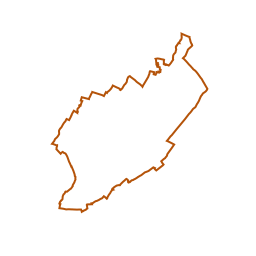 outline of Bunesti-Averesti, Vaslui, Romania, rotated 57°
{"feature_id": "2599482B4031189184546", "entity_name": "Bunesti-Averesti", "entity_type": "district", "adm_level": 2, "iso_a3": "ROU", "parent_name": "Romania", "parent_adm1": "Vaslui", "projection": "orthographic", "projection_center": [27.962, 46.8], "detail": "fine", "context": "isolated", "style": "outline", "palette": "amber", "viewbox_px": 256, "rotation_deg": 57, "n_neighbors": 0, "source": "geoboundaries", "source_scale": "gbopen_adm2", "svg_char_len": 5661}
<svg xmlns="http://www.w3.org/2000/svg" viewBox="0 0 256 256"><g transform="rotate(57 128 128)"><path d="M157.9,229.2L160.5,226.2L162.6,224.2L163.7,222.2L166.4,218.4L168.2,215.9L169.6,213.7L170.8,211.8L172.2,212.1L173.1,212.4L173.1,212.0L173.2,211.4L172.9,211.3L172.9,211.2L173.1,211.0L173.2,210.4L173.3,209.9L173.2,209.4L173.4,209.0L173.6,207.9L173.5,207.7L173.3,206.6L173.4,206.2L173.4,205.9L171.8,205.2L171.2,204.9L170.8,204.6L170.1,204.5L169.9,204.3L169.8,203.9L171.7,200.8L172.3,199.8L171.3,199.6L171.5,199.2L171.8,198.4L171.7,196.2L171.8,194.8L172.2,193.8L172.3,192.9L172.5,191.4L172.5,189.6L172.7,188.8L172.8,188.1L172.7,187.4L172.5,187.0L172.3,186.2L172.3,185.9L172.1,185.4L173.1,185.0L175.8,184.3L175.7,183.8L174.9,183.0L174.3,181.7L173.9,181.0L173.4,179.9L173.0,178.6L172.2,177.2L171.5,175.5L171.4,175.1L171.7,174.1L170.6,174.5L170.5,174.3L170.3,173.8L170.3,173.6L170.4,173.3L170.4,172.7L170.2,172.4L170.1,172.1L170.1,168.9L170.2,168.6L170.9,166.8L171.6,166.0L171.6,165.8L171.2,165.2L171.0,164.4L170.9,163.8L170.7,163.2L170.7,162.8L170.4,161.6L170.3,160.7L170.2,159.8L169.8,157.6L169.8,157.1L170.0,157.0L170.6,156.7L171.4,156.5L171.6,156.6L172.2,156.5L172.8,156.8L173.0,156.7L173.1,157.3L173.3,157.4L174.0,157.3L174.4,155.9L174.0,154.3L173.9,153.4L174.0,153.1L174.2,152.7L174.4,152.0L174.4,150.6L174.6,149.6L174.6,148.5L174.6,146.7L174.5,146.4L174.6,146.1L174.6,144.4L174.7,143.5L174.8,142.3L174.7,141.6L174.5,139.0L174.4,138.5L174.4,138.1L174.5,137.6L174.7,136.8L174.8,136.4L175.2,134.4L175.2,133.3L175.1,133.0L175.1,132.6L175.0,130.9L174.8,128.2L176.2,127.3L176.3,127.6L176.4,127.9L177.6,127.8L179.0,127.4L178.3,119.2L178.0,118.1L175.9,118.3L174.0,118.2L173.5,114.8L173.5,114.5L173.5,113.3L173.2,112.7L172.9,111.7L172.7,110.9L172.3,110.2L172.1,110.0L171.6,109.6L171.2,108.9L168.7,102.4L167.0,98.3L164.4,99.7L161.0,101.7L160.0,102.4L159.5,100.7L158.2,97.0L158.1,96.6L158.0,96.1L158.0,95.8L157.9,95.3L155.6,88.3L151.6,75.4L149.4,69.2L149.1,67.7L148.5,65.8L147.7,63.8L147.5,63.3L147.3,61.7L147.3,61.0L147.2,60.1L146.7,59.2L146.1,58.2L145.5,57.2L145.0,55.9L143.9,53.8L143.5,53.2L142.6,51.9L141.5,50.2L141.2,49.8L140.8,48.8L140.5,47.8L139.8,46.4L139.8,45.9L139.7,43.5L139.6,42.7L139.4,42.1L139.0,41.0L138.4,40.1L134.0,39.9L132.2,39.8L131.8,39.7L131.4,39.8L127.0,39.5L125.5,39.7L120.7,39.9L118.4,40.1L116.6,40.4L114.2,41.3L113.2,41.3L112.5,41.5L110.3,41.8L107.9,42.3L105.5,42.6L103.6,42.9L100.5,43.5L99.4,43.9L98.8,41.1L98.8,40.8L98.6,40.3L96.9,37.8L96.3,37.0L95.6,35.9L94.9,35.1L94.6,33.6L94.3,31.4L94.0,29.9L93.9,29.4L93.8,29.2L93.1,29.1L92.7,28.8L92.2,28.9L91.7,28.9L89.6,28.5L88.0,27.9L85.7,27.2L85.2,26.8L83.3,28.3L82.7,28.6L82.1,29.1L78.1,31.7L78.7,32.0L79.7,32.8L81.3,33.6L82.4,34.7L82.8,35.3L83.1,36.1L83.1,36.3L83.0,36.5L83.4,36.9L83.9,38.0L84.3,38.6L84.0,38.7L84.0,38.9L84.1,39.2L84.6,39.1L84.4,39.4L84.6,39.9L84.7,40.6L85.0,41.5L85.3,41.8L85.5,42.0L85.5,42.8L85.7,43.2L86.2,43.8L86.5,43.9L86.8,44.1L87.6,44.5L88.4,44.8L89.6,46.2L90.3,46.8L90.6,47.3L91.0,49.1L91.4,50.0L91.9,50.7L92.5,51.2L93.2,51.6L93.6,52.1L94.1,52.3L94.7,52.8L95.1,52.8L95.3,52.9L95.5,53.2L95.8,54.2L96.9,56.7L97.2,57.7L97.5,58.4L97.5,59.0L97.8,59.8L95.8,61.1L95.9,61.3L95.6,61.5L95.8,61.8L95.8,62.0L94.5,62.9L94.4,62.7L94.1,62.5L93.6,63.0L92.6,62.2L91.5,61.6L90.5,60.6L90.2,60.7L88.3,62.7L87.3,63.6L85.9,65.2L85.6,65.8L85.0,67.2L85.8,67.3L86.3,67.5L89.0,68.9L89.8,67.6L90.4,68.0L89.5,69.1L90.3,69.5L90.8,68.6L91.3,68.1L91.6,68.3L91.1,68.8L90.7,69.6L91.4,69.7L92.7,70.1L93.1,69.5L94.3,68.3L95.3,68.9L96.3,69.4L96.9,68.9L98.6,70.4L97.4,71.6L98.2,72.0L96.7,73.5L97.5,74.3L97.8,74.7L97.9,75.1L98.4,75.9L96.9,77.2L96.4,76.8L95.9,76.0L95.5,75.6L92.4,78.5L92.8,79.3L94.3,80.6L94.7,81.3L95.0,81.6L95.1,81.9L96.1,83.1L97.7,86.3L100.0,91.0L100.3,91.8L100.8,92.5L101.3,93.4L100.4,93.4L99.8,93.6L99.3,93.8L98.1,94.0L94.6,95.4L93.2,95.8L92.5,95.9L91.6,96.1L86.5,98.0L85.8,98.1L85.5,98.2L85.4,99.1L85.3,99.6L85.4,99.9L85.7,100.6L87.1,102.6L87.9,103.2L88.9,104.3L89.4,105.8L89.7,106.3L89.7,106.9L89.9,107.8L90.2,108.3L90.6,109.2L91.7,111.3L92.1,113.6L91.5,113.9L91.3,113.7L91.1,113.6L90.7,113.6L89.5,114.2L87.9,115.3L84.1,117.6L84.5,118.2L85.2,119.5L85.9,121.1L86.4,123.1L86.5,123.8L86.6,125.3L86.7,125.6L87.1,126.3L87.2,126.5L85.9,127.0L88.1,130.8L86.3,131.8L78.4,138.3L78.7,138.5L78.7,138.8L79.4,140.3L81.0,142.8L81.8,144.3L82.2,144.8L82.5,145.0L82.4,145.1L77.0,150.0L77.7,150.8L79.3,152.7L80.5,151.7L81.4,153.2L83.4,155.6L82.4,156.3L82.6,156.6L83.2,156.2L84.0,157.7L84.2,159.0L84.4,159.8L85.7,161.0L86.8,161.1L87.2,161.4L87.1,161.6L87.3,162.3L87.5,162.4L84.0,164.0L85.1,166.2L86.0,167.8L86.4,168.3L86.5,168.3L86.8,168.7L86.8,168.9L86.9,169.2L87.3,169.7L87.5,169.9L89.3,173.1L87.0,174.6L87.8,176.2L88.3,176.8L88.5,177.5L88.5,177.8L88.6,178.3L89.4,180.2L91.1,183.4L91.3,183.9L91.5,185.1L92.3,186.8L92.9,187.5L94.7,188.5L95.7,189.2L95.8,189.4L96.6,191.1L97.1,192.5L97.6,195.3L98.7,196.9L99.9,200.3L100.6,199.6L103.7,197.3L103.8,197.2L103.9,196.9L104.5,197.3L105.6,198.7L106.2,199.0L106.8,199.6L112.9,198.5L112.5,197.3L112.5,195.8L114.2,195.2L114.5,194.8L115.6,194.3L117.8,194.4L119.3,194.6L124.3,195.8L125.5,195.9L129.6,196.6L129.6,196.3L134.1,197.1L137.7,198.0L139.5,198.8L139.9,198.7L140.5,198.7L140.9,199.1L141.2,199.4L142.6,200.1L143.5,201.5L144.4,202.6L145.6,205.0L146.0,205.7L146.6,205.9L146.9,206.6L147.4,207.9L147.8,208.9L147.7,209.4L148.2,213.9L147.9,214.3L147.3,215.0L147.4,215.4L147.7,215.6L148.4,217.0L148.5,217.7L148.6,218.3L149.8,220.0L151.2,221.1L152.0,221.7L152.3,222.3L152.3,223.6L152.4,223.8L152.8,224.2L152.8,225.0L153.2,225.4L153.4,225.9L153.8,226.3L154.1,226.8L154.4,226.8L155.0,226.2L155.9,227.3L157.9,229.2Z" fill="none" stroke="#b45309" stroke-width="2"/></g></svg>